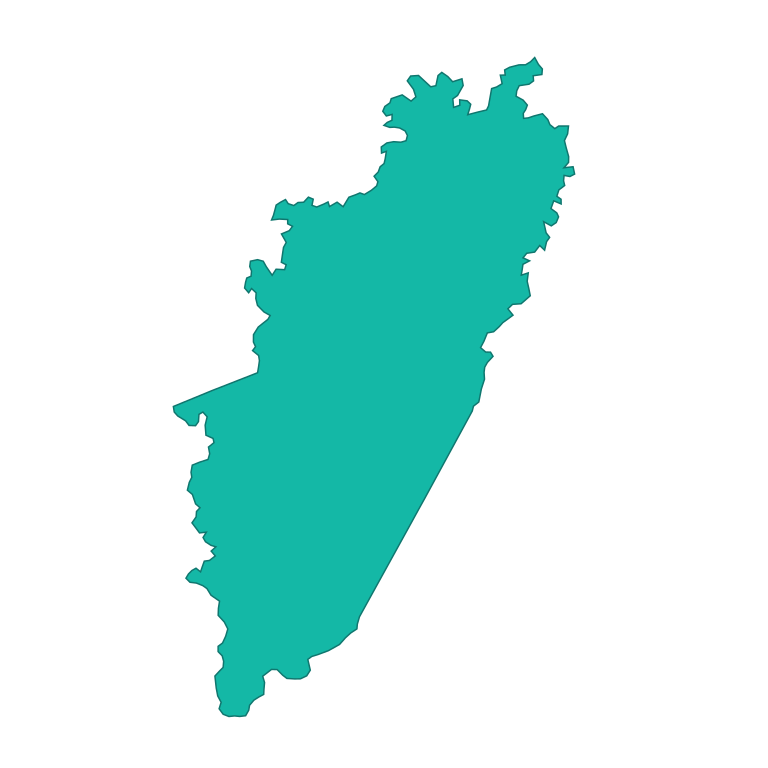 outline of Rio Azul, Paraná, Brazil, rotated 258°
{"feature_id": "56859067B94937629872917", "entity_name": "Rio Azul", "entity_type": "district", "adm_level": 2, "iso_a3": "BRA", "parent_name": "Brazil", "parent_adm1": "Paraná", "projection": "albers", "projection_center": [-50.76, -25.731], "detail": "fine", "context": "isolated", "style": "filled", "palette": "teal", "viewbox_px": 768, "rotation_deg": 258, "n_neighbors": 0, "source": "geoboundaries", "source_scale": "gbopen_adm2", "svg_char_len": 4016}
<svg xmlns="http://www.w3.org/2000/svg" viewBox="0 0 768 768"><g transform="rotate(258 384 384)"><path d="M161.4,311.6L243.7,382.8L253.7,391.4L263.8,400.2L321.2,449.3L339.2,464.7L343.7,466.9L346.7,473.0L358.9,478.2L367.8,483.3L374.6,484.3L379.5,486.0L383.6,489.6L388.4,496.4L393.0,494.8L394.1,490.1L399.5,486.0L405.0,490.6L412.5,495.7L412.3,502.1L416.2,508.7L419.3,512.9L422.0,519.0L424.5,524.5L431.8,520.8L435.2,526.3L434.0,534.8L439.9,545.4L447.4,545.5L454.7,545.4L462.7,548.2L461.9,540.9L467.3,543.0L472.2,544.8L474.2,552.0L478.5,546.2L482.2,550.8L481.7,558.8L487.1,565.1L481.5,568.9L489.4,572.6L493.0,576.5L498.2,574.0L509.6,573.9L503.9,580.5L506.1,586.0L511.2,589.5L515.4,588.6L520.9,583.8L527.9,588.1L523.3,594.7L527.9,595.6L531.7,592.1L537.5,595.4L540.6,602.0L545.4,601.9L550.6,603.5L548.3,609.0L549.7,614.1L557.2,614.1L558.1,605.0L562.4,610.6L568.0,611.9L577.6,611.3L584.6,611.1L590.5,615.6L598.0,618.1L600.0,608.5L598.3,604.2L603.2,600.2L608.6,599.2L615.4,595.2L615.0,586.4L614.3,580.4L614.8,575.8L619.8,576.5L622.9,579.6L627.0,582.2L632.8,579.1L638.0,573.0L643.2,574.8L647.7,578.3L647.1,588.2L649.4,593.3L654.5,594.0L653.9,602.8L659.2,604.4L664.5,601.5L672.0,599.3L668.7,594.3L666.8,588.8L668.1,582.4L667.7,572.8L666.1,567.3L661.0,566.8L661.9,562.0L653.2,562.0L651.1,555.9L650.6,550.7L634.3,544.1L630.7,541.3L630.5,532.8L630.0,521.9L635.0,524.7L639.6,527.0L643.7,524.2L646.2,517.1L640.9,516.1L640.1,509.6L648.6,510.6L650.9,515.9L659.5,523.5L666.3,523.7L665.4,514.0L671.5,510.3L676.8,505.3L674.5,501.0L665.0,496.8L665.0,491.5L678.6,481.9L679.7,474.1L675.7,469.8L666.2,474.1L658.2,474.9L655.1,469.3L663.0,461.9L661.6,450.4L657.8,448.3L655.3,442.5L651.0,439.5L645.7,442.0L646.0,448.0L640.3,446.6L639.2,441.6L637.0,437.7L633.8,443.0L633.1,447.5L631.2,452.5L627.1,457.3L622.2,458.6L617.4,456.2L617.0,450.8L619.0,443.8L619.2,436.9L616.4,430.6L610.4,429.6L611.1,434.7L603.8,431.9L599.6,429.9L597.3,425.4L592.5,422.4L589.3,417.5L583.2,420.1L579.3,418.0L576.1,411.9L573.4,404.2L575.9,400.2L575.0,395.6L574.0,388.5L565.9,380.9L571.6,375.9L568.9,367.6L573.7,367.1L572.5,362.5L571.1,355.0L573.7,350.7L579.5,353.2L582.5,348.9L578.5,343.2L579.4,337.6L577.3,332.9L580.3,327.8L584.9,326.0L583.3,320.5L581.4,315.7L577.3,313.7L571.9,310.9L567.8,308.1L567.1,315.9L564.9,324.0L560.7,323.1L557.3,327.3L553.7,323.3L552.1,314.9L542.8,317.8L538.5,314.1L530.7,311.2L524.4,308.9L521.0,313.1L516.5,310.6L518.7,302.3L513.6,297.2L523.3,293.2L529.2,291.4L531.9,286.2L531.9,278.9L526.8,277.1L522.1,277.9L517.1,276.4L516.2,271.8L512.4,269.8L506.9,267.6L501.4,270.6L504.9,274.3L499.8,277.9L494.3,276.4L487.2,276.6L479.4,281.6L474.7,286.9L471.4,283.9L465.9,272.9L459.4,266.6L452.2,265.0L447.2,266.1L444.0,262.4L437.9,267.3L432.7,267.0L427.2,265.0L421.3,262.7L413.3,214.3L405.8,173.3L400.2,173.0L395.6,175.6L389.2,182.3L384.0,184.7L382.4,191.0L385.8,194.7L392.8,196.7L394.2,201.0L388.7,204.2L380.9,200.5L370.9,199.2L366.3,205.5L362.0,205.5L358.8,199.2L352.0,199.0L346.8,196.2L345.9,187.6L344.5,179.6L337.8,176.9L332.7,176.6L328.3,173.1L321.0,169.6L315.8,173.6L305.9,174.8L301.2,178.3L298.3,174.1L293.1,172.6L288.1,167.3L282.8,169.8L276.7,172.6L276.0,179.4L271.5,175.1L266.8,176.6L262.2,181.2L259.7,185.7L256.5,180.2L250.9,183.2L247.7,176.6L248.1,171.4L243.1,168.3L238.4,165.5L242.9,161.8L241.5,157.3L238.8,153.2L235.2,149.9L230.4,153.0L228.3,159.1L224.5,164.8L220.7,168.3L213.3,170.9L205.8,178.0L199.0,175.4L192.2,173.7L184.4,178.3L176.9,180.3L170.2,176.7L164.2,172.2L161.9,167.2L156.7,166.1L151.8,169.2L146.1,169.5L140.2,167.7L137.4,163.4L133.5,157.9L121.5,156.7L113.5,156.5L106.5,158.5L100.6,155.2L94.4,158.0L91.0,163.2L90.4,168.8L88.8,173.8L88.3,179.7L93.1,183.9L97.7,185.7L101.8,191.0L103.8,196.3L105.4,201.8L110.0,203.0L116.8,205.1L123.4,204.6L125.4,208.8L128.2,214.6L126.9,220.1L120.2,224.4L116.2,227.8L114.1,235.3L113.0,241.0L114.6,247.7L119.4,252.4L130.5,252.2L132.5,256.7L133.1,263.3L134.7,274.1L138.5,286.4L143.7,293.4L147.4,299.7L150.1,306.6L154.7,308.0L161.4,311.6Z" fill="#14b8a6" stroke="#0f766e" stroke-width="1.5"/></g></svg>